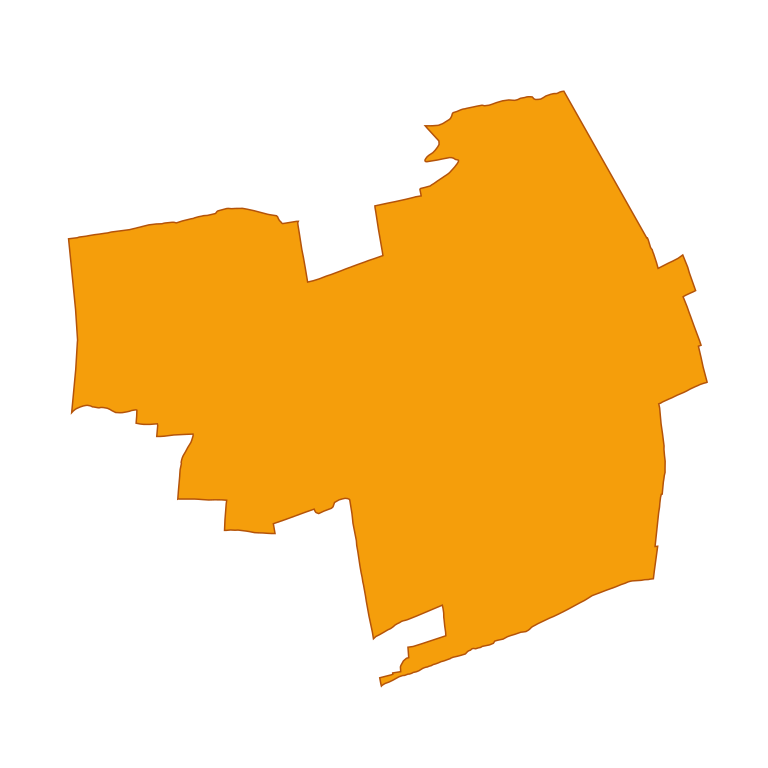 the district of Bacani, Vaslui, Romania, rotated 93°
{"feature_id": "2599482B44404809262636", "entity_name": "Bacani", "entity_type": "district", "adm_level": 2, "iso_a3": "ROU", "parent_name": "Romania", "parent_adm1": "Vaslui", "projection": "robinson", "projection_center": [27.679, 46.327], "detail": "fine", "context": "isolated", "style": "filled", "palette": "amber", "viewbox_px": 768, "rotation_deg": 93, "n_neighbors": 0, "source": "geoboundaries", "source_scale": "gbopen_adm2", "svg_char_len": 6098}
<svg xmlns="http://www.w3.org/2000/svg" viewBox="0 0 768 768"><g transform="rotate(93 384 384)"><path d="M684.1,368.9L683.0,367.2L681.3,363.2L680.4,361.6L679.3,359.6L675.6,353.7L674.2,350.2L673.9,348.1L672.5,344.9L672.3,343.4L671.4,341.1L670.5,339.7L669.8,337.0L669.4,336.0L668.5,334.1L666.0,330.5L665.4,329.3L664.7,327.6L664.3,325.8L663.5,324.3L662.8,322.1L661.6,320.2L660.8,317.8L659.6,315.0L658.3,312.5L657.7,310.6L657.2,309.2L655.3,304.8L654.9,303.7L654.1,302.6L653.2,300.6L652.1,296.6L650.9,292.9L649.3,288.6L646.9,286.6L646.0,285.5L645.3,283.8L643.8,282.2L643.4,280.9L643.6,278.6L642.6,276.1L642.0,273.7L640.9,272.2L639.0,264.9L637.2,261.2L634.9,259.9L633.9,256.9L633.3,254.7L632.5,251.7L629.9,247.5L628.6,244.4L627.1,240.2L624.7,234.3L624.5,232.9L623.8,229.3L622.4,227.1L621.3,225.8L619.2,223.9L618.3,222.7L617.0,220.5L615.3,217.8L609.1,206.4L607.3,202.6L604.7,197.8L599.7,189.1L592.4,177.2L589.6,172.4L587.6,169.5L584.4,165.0L580.4,155.9L578.6,151.9L574.6,142.4L571.8,136.5L570.3,132.7L568.9,130.0L568.0,127.3L567.6,125.5L566.6,116.9L565.8,113.5L565.4,109.5L565.0,108.3L564.4,104.8L557.0,104.3L531.7,102.2L532.1,104.8L498.3,103.0L492.4,102.4L488.5,102.3L482.7,101.9L479.6,101.3L479.4,100.4L467.3,99.9L463.7,99.5L460.8,99.3L457.5,98.7L454.2,98.9L446.4,99.2L441.1,100.1L434.7,101.0L431.2,101.1L418.9,103.3L409.4,105.2L393.4,107.5L389.4,108.6L388.6,106.7L387.4,105.0L384.1,98.7L382.7,95.8L380.0,91.0L376.7,84.2L375.1,81.3L372.9,77.8L370.2,72.7L369.1,70.4L368.1,68.6L367.7,67.7L366.4,64.4L365.8,62.4L365.3,61.4L350.4,66.2L340.8,68.8L329.8,72.0L328.7,69.4L324.4,71.1L320.0,73.0L309.9,77.4L300.4,81.4L296.5,83.1L291.1,85.3L282.7,89.2L281.3,89.9L280.6,89.0L279.5,87.2L277.3,83.1L275.9,80.3L274.4,77.7L257.0,84.9L251.5,86.8L239.5,92.4L243.1,96.9L246.1,102.0L248.5,106.5L254.2,116.3L248.6,118.2L239.8,121.6L238.4,122.3L235.7,123.3L234.9,124.1L233.6,125.0L226.4,127.6L224.3,128.6L224.5,129.2L82.2,219.7L82.6,221.8L83.3,223.8L84.2,225.3L84.9,226.8L85.1,229.6L85.9,232.5L87.9,237.4L89.7,239.9L91.3,242.5L91.7,244.8L91.9,246.8L91.9,247.8L91.5,248.9L91.0,249.6L90.3,250.2L89.6,250.9L89.5,252.1L89.5,253.6L89.6,255.1L89.9,256.7L90.5,258.3L91.5,262.6L92.0,263.6L92.8,264.9L93.4,266.5L93.9,268.3L93.9,270.2L93.8,274.2L95.0,280.4L97.1,286.4L98.9,290.6L100.1,293.7L100.9,298.2L100.5,300.3L100.6,301.3L101.8,306.2L102.6,309.1L104.5,316.3L104.9,317.4L105.3,319.4L106.0,321.3L108.1,325.6L109.4,329.1L110.1,329.7L111.2,330.1L112.5,330.3L114.4,331.1L115.5,331.7L116.5,332.7L119.3,336.7L120.6,338.5L121.5,340.2L122.0,341.5L122.5,342.3L122.9,343.7L123.6,349.3L123.9,354.1L124.0,356.4L126.6,353.9L138.4,341.9L141.8,341.5L144.1,342.6L146.1,343.9L148.1,345.3L150.5,347.4L153.2,351.1L154.8,352.8L156.7,354.1L157.9,354.7L158.7,354.8L159.4,354.5L159.7,354.0L159.8,352.9L157.5,342.3L156.0,336.7L154.8,331.7L154.5,330.8L154.4,328.3L154.9,326.3L156.0,324.4L156.4,321.8L156.9,321.3L158.2,321.4L160.1,322.4L163.6,324.8L169.5,329.6L170.6,330.8L172.2,332.8L173.4,334.5L174.8,336.3L178.5,341.3L181.3,344.8L182.6,346.8L183.8,348.2L185.6,353.6L186.8,357.6L187.4,358.2L187.9,358.3L194.2,356.7L195.4,362.2L196.1,364.2L197.4,368.5L198.5,372.2L201.2,382.0L203.2,389.8L206.6,402.4L208.3,402.2L212.7,401.2L230.0,397.6L251.9,392.6L255.8,391.8L259.6,401.0L261.5,405.9L263.2,409.7L265.9,416.2L271.2,428.5L273.2,432.8L277.4,442.4L279.2,447.1L282.5,454.4L284.6,460.1L286.2,465.6L273.1,468.5L261.8,471.1L254.0,473.1L238.2,476.4L229.9,478.2L227.5,478.6L226.0,478.1L226.2,480.1L228.6,491.1L229.1,493.7L228.5,494.7L227.6,495.4L226.2,497.0L224.3,498.2L222.6,499.0L221.6,500.2L220.9,507.0L220.6,509.1L217.7,523.0L216.6,529.8L216.0,534.4L216.5,542.0L216.7,543.5L216.9,545.4L216.8,548.7L217.0,550.3L219.8,558.9L220.5,559.8L222.3,561.0L222.7,561.6L224.9,569.2L225.3,572.8L225.9,574.8L226.6,577.7L227.5,580.4L228.1,582.1L228.6,583.0L229.1,585.2L231.6,593.5L232.1,594.9L233.4,598.2L234.0,599.9L233.5,602.2L233.6,604.1L234.7,611.2L235.1,612.7L235.6,614.1L236.1,619.7L237.4,627.2L243.2,646.2L246.5,664.3L247.6,667.9L248.1,670.8L249.3,676.6L250.0,680.7L251.2,686.1L252.0,689.3L253.2,696.0L254.0,698.0L255.5,706.6L325.8,695.9L356.3,692.3L358.1,692.4L372.3,692.5L385.6,692.6L429.0,694.4L427.2,692.9L425.4,690.9L424.6,689.7L422.8,686.1L421.6,683.0L421.2,681.4L420.9,680.0L420.8,679.1L421.2,676.0L422.1,673.9L422.1,672.8L422.7,668.2L422.7,667.2L422.4,666.2L422.2,665.1L422.2,663.1L422.7,659.0L423.8,656.2L424.7,654.6L426.5,650.5L426.5,646.0L426.3,643.8L425.3,639.5L424.6,636.9L423.7,634.7L423.2,632.6L422.8,630.6L422.9,629.7L423.1,629.4L429.3,629.3L436.1,629.5L436.7,625.4L436.9,621.9L436.6,615.7L435.6,608.3L437.2,607.8L448.3,608.2L448.1,604.8L447.6,600.6L445.9,591.2L444.7,579.7L444.0,572.1L445.6,571.9L450.4,573.1L452.5,573.8L457.6,576.6L462.3,578.8L466.1,580.8L468.3,581.6L470.4,582.1L472.9,582.5L473.7,582.2L475.0,582.3L480.1,583.1L484.5,583.2L486.9,583.2L501.0,583.7L509.8,583.9L509.5,583.2L509.6,582.4L508.8,567.2L508.8,563.6L508.9,559.8L509.0,553.0L508.5,547.0L508.3,542.4L508.2,539.8L508.3,535.0L512.0,535.3L527.8,535.7L538.5,535.6L538.4,533.7L537.8,529.6L537.8,525.0L537.5,522.1L538.1,513.8L538.5,510.2L539.2,505.5L539.2,501.7L539.1,497.3L539.2,492.3L539.2,488.8L539.0,485.0L529.3,487.2L524.6,475.6L516.1,455.7L512.6,447.2L514.5,446.3L515.7,445.4L516.1,444.7L516.8,442.4L514.1,437.4L510.9,430.1L509.6,428.7L508.7,428.3L504.9,427.2L502.1,422.9L501.0,419.8L500.2,416.9L500.3,414.5L500.8,412.9L501.4,412.2L503.1,411.8L514.7,409.3L518.2,408.7L524.7,407.7L541.9,403.4L546.6,402.8L552.6,401.4L566.9,398.5L573.5,397.0L578.3,395.7L582.7,394.8L585.9,393.9L596.6,391.4L601.9,390.3L616.4,386.9L632.5,382.6L639.0,381.2L636.6,378.9L634.6,375.4L631.7,370.9L629.3,367.3L627.9,364.6L625.9,362.1L624.1,360.3L622.7,358.2L621.5,356.0L620.1,354.0L619.5,352.5L618.8,350.1L618.1,348.2L614.0,339.3L601.8,314.2L605.0,313.3L609.6,312.4L613.7,312.1L617.2,311.5L622.5,310.7L628.5,309.5L632.2,309.1L641.2,332.1L644.6,341.2L645.6,346.3L656.0,345.0L656.7,347.2L659.5,350.1L664.2,352.4L665.7,352.8L668.2,352.5L670.4,352.3L672.1,360.2L673.4,360.0L674.1,361.7L677.6,372.9L683.9,371.4L685.8,370.8L685.3,370.4L684.1,368.9Z" fill="#f59e0b" stroke="#b45309" stroke-width="1.5"/></g></svg>